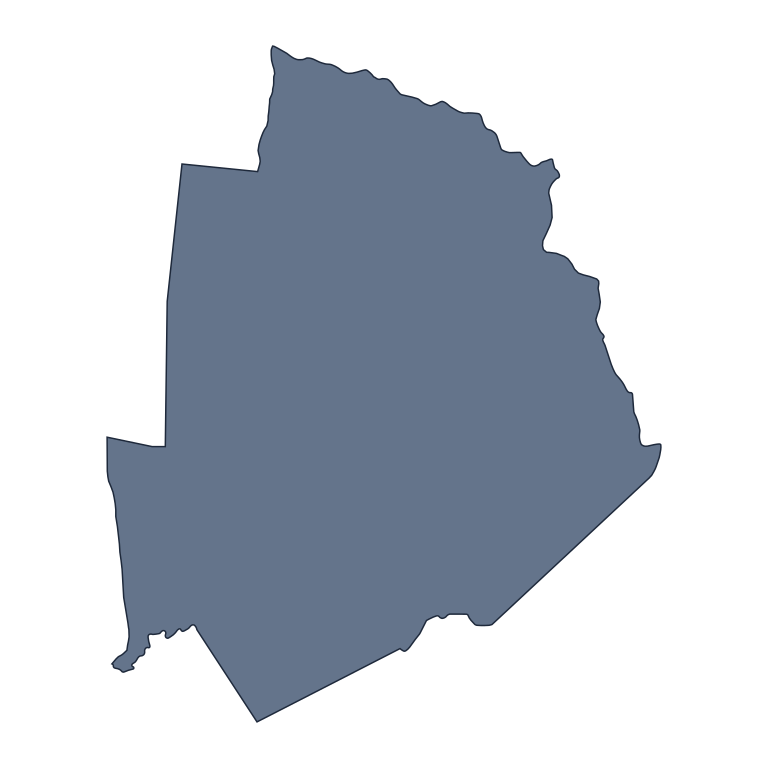 Valladolid, Lempira, Honduras
{"feature_id": "27666195B50240677201560", "entity_name": "Valladolid", "entity_type": "district", "adm_level": 2, "iso_a3": "HND", "parent_name": "Honduras", "parent_adm1": "Lempira", "projection": "robinson", "projection_center": [-88.707, 14.154], "detail": "fine", "context": "isolated", "style": "filled", "palette": "slate", "viewbox_px": 768, "rotation_deg": 0, "n_neighbors": 0, "source": "geoboundaries", "source_scale": "gbopen_adm2", "svg_char_len": 6046}
<svg xmlns="http://www.w3.org/2000/svg" viewBox="0 0 768 768"><path d="M651.3,475.9L653.7,471.8L655.3,468.7L656.1,466.7L658.5,459.7L659.2,457.6L659.8,454.9L660.7,449.8L660.9,447.4L660.8,444.9L660.6,444.5L660.2,444.2L659.6,444.0L659.0,444.0L656.9,444.2L653.9,444.7L647.7,446.1L646.3,446.2L644.9,446.2L643.4,445.8L642.1,445.1L641.6,444.7L641.1,444.1L640.5,442.7L639.8,440.2L639.4,437.5L639.4,435.0L639.8,431.2L639.8,429.9L639.5,428.6L638.6,424.7L637.2,420.1L635.9,416.7L634.4,413.6L633.8,411.8L632.5,394.6L632.4,394.0L632.1,393.4L631.6,392.9L631.1,392.7L629.7,392.6L628.9,392.4L628.1,391.9L627.4,391.2L626.1,389.1L624.0,384.9L622.4,382.3L619.9,379.0L616.2,374.8L615.4,373.6L614.6,372.2L613.0,368.8L611.2,364.3L605.1,345.6L604.5,344.2L603.4,342.0L602.8,340.4L602.7,339.7L602.8,339.0L603.1,338.5L603.7,337.7L603.9,337.1L604.0,336.4L603.8,335.8L603.0,334.5L601.0,332.4L600.0,330.8L599.0,328.8L597.5,325.4L596.4,322.1L595.9,319.9L595.9,319.3L597.4,314.2L599.4,308.5L600.3,302.0L599.2,294.4L598.1,288.2L598.8,283.7L598.6,281.1L596.7,279.0L589.7,276.5L583.4,274.9L578.4,273.1L574.5,269.2L571.9,264.1L567.8,258.8L564.3,256.4L561.3,255.3L556.5,253.4L549.2,252.4L546.6,252.3L543.4,249.6L542.5,245.7L542.9,240.7L546.4,233.4L550.1,225.1L552.1,217.5L551.5,205.3L548.7,193.1L549.1,189.8L549.6,188.3L550.6,186.1L551.8,183.9L552.9,182.4L554.3,180.8L556.1,179.0L556.9,178.4L558.0,178.0L558.7,177.6L559.2,176.9L559.4,176.2L559.4,175.2L559.2,174.3L558.2,172.2L557.2,170.7L556.4,170.0L555.2,169.1L554.6,168.2L554.2,167.0L553.2,163.1L552.6,160.2L552.5,159.7L552.3,159.4L551.8,159.2L551.4,159.1L550.0,159.3L546.5,160.8L543.2,161.7L541.7,162.3L541.0,162.7L539.8,163.8L538.9,164.5L537.1,165.4L535.1,166.0L534.1,166.1L533.2,166.0L532.0,165.7L530.8,165.1L529.7,164.3L528.7,163.3L526.9,161.3L523.1,156.6L522.2,155.2L521.0,153.2L520.7,152.8L520.3,152.5L519.8,152.4L517.8,152.4L511.7,152.6L509.3,152.6L507.2,152.1L505.0,151.4L503.4,150.7L502.1,150.0L501.4,149.4L500.8,148.2L499.2,143.3L497.0,136.5L496.6,135.6L496.1,134.6L495.2,133.4L494.4,132.6L491.9,130.8L490.5,130.1L488.2,129.5L487.5,129.2L486.7,128.7L485.7,127.7L485.1,126.9L484.4,125.7L483.2,123.1L482.4,120.7L481.6,117.7L481.1,116.4L480.5,115.4L480.0,114.7L479.4,114.1L478.8,113.8L478.1,113.6L476.5,113.4L472.0,113.0L468.1,112.9L464.2,113.2L461.8,112.6L459.5,111.9L457.6,111.0L452.4,108.0L449.9,106.4L447.3,104.1L445.5,102.8L444.2,102.1L442.6,101.5L441.7,101.5L440.5,101.8L435.9,104.2L431.7,105.7L430.4,105.8L428.1,105.2L425.2,104.0L423.5,103.1L421.7,101.8L419.3,99.8L418.3,99.1L417.2,98.6L412.0,97.1L403.2,95.1L401.9,94.8L400.7,94.3L399.9,93.7L396.5,89.8L394.8,87.6L392.6,84.2L391.2,82.4L389.8,81.0L388.5,79.9L387.0,79.1L384.9,78.8L383.3,78.7L382.2,78.7L379.8,79.3L379.1,79.3L378.1,79.2L377.0,78.8L374.7,77.3L373.6,76.8L371.9,74.6L370.0,72.7L367.6,70.7L366.6,70.1L365.4,69.9L364.1,70.1L362.0,70.6L357.1,72.1L352.3,73.2L348.9,73.4L347.9,73.3L346.7,73.1L344.8,72.5L343.1,71.7L341.6,70.7L339.4,68.9L338.0,67.9L335.2,66.3L332.5,65.1L331.2,64.6L329.8,64.3L326.8,64.1L325.3,63.9L322.1,63.0L319.5,62.1L314.7,59.8L313.1,59.1L311.3,58.5L309.4,58.1L307.6,58.0L306.6,58.1L304.4,59.1L302.6,59.6L300.6,59.7L298.4,59.7L297.1,59.5L296.1,59.2L294.1,58.4L292.5,57.5L290.4,56.1L286.7,53.3L280.9,50.0L277.9,48.3L274.2,46.4L273.4,46.2L272.6,46.1L271.4,49.2L271.2,50.8L271.2,54.9L271.6,60.3L272.8,65.1L274.1,69.3L274.7,73.8L273.8,76.7L273.7,79.7L273.7,83.1L273.5,85.7L273.0,87.8L272.7,89.3L272.6,91.7L271.7,94.7L269.7,99.1L269.6,102.9L269.2,106.5L268.8,111.6L268.2,116.0L268.1,120.5L266.8,126.1L264.5,129.6L263.0,132.6L261.5,136.4L260.3,139.8L259.0,144.5L258.1,150.5L258.7,153.7L259.8,157.7L260.2,161.3L259.7,164.2L257.6,171.6L182.0,164.0L167.2,301.4L165.3,446.6L152.1,446.6L107.1,437.2L107.3,471.2L107.9,476.8L108.7,481.2L111.0,486.7L113.0,492.1L114.2,497.7L115.2,503.6L115.8,509.9L115.8,516.5L117.4,526.4L119.4,544.0L119.9,552.1L121.1,560.6L122.1,569.3L123.7,597.4L127.9,622.7L128.5,627.4L128.9,629.6L129.1,636.9L128.4,641.4L127.6,645.1L126.9,650.3L123.4,653.6L121.6,655.0L118.4,656.7L116.1,658.9L111.9,663.9L112.6,664.2L113.1,664.8L113.3,665.4L113.4,666.7L113.8,667.3L114.1,667.7L115.2,668.2L117.7,668.7L119.5,669.4L120.8,670.3L122.2,671.8L122.8,672.0L123.6,672.1L124.3,671.9L128.4,670.3L133.2,669.0L133.6,668.7L133.8,668.3L133.8,667.6L133.5,667.0L132.4,666.5L132.0,665.9L131.8,665.4L131.8,665.0L132.1,664.2L132.9,663.5L134.4,662.6L135.4,661.8L136.4,660.4L137.9,657.8L138.9,656.7L140.1,656.0L141.6,655.8L142.4,655.6L143.2,655.1L143.8,654.6L144.4,653.7L144.6,652.9L144.7,652.3L144.6,650.9L144.7,649.9L145.1,649.0L145.7,648.2L146.3,647.8L147.0,647.5L147.5,647.5L148.6,647.7L149.0,647.7L149.5,647.4L149.8,647.0L149.9,646.3L149.8,645.4L148.7,641.4L148.1,637.5L148.1,636.3L148.2,635.7L148.5,635.2L149.0,634.6L149.6,634.3L150.4,634.1L151.4,634.1L152.6,634.4L153.4,634.4L156.1,634.1L159.2,633.6L160.1,633.1L161.1,631.9L162.0,631.1L162.9,630.6L163.9,630.6L164.5,630.8L165.0,631.2L165.5,631.7L165.7,632.4L165.8,633.1L165.8,633.6L165.4,634.9L165.3,635.6L165.4,636.3L165.6,637.0L166.0,637.5L166.5,637.9L167.3,638.2L168.0,638.2L168.8,637.8L170.3,636.9L173.4,634.7L175.5,632.6L177.4,630.1L178.0,629.6L178.8,629.0L179.6,628.8L180.2,629.0L180.7,629.4L181.2,630.4L181.8,631.0L182.6,631.3L183.3,631.2L184.2,630.9L185.3,630.3L187.9,628.8L189.0,627.9L190.6,626.0L191.7,625.2L192.8,624.8L193.4,624.9L194.0,625.0L194.5,625.3L195.0,625.8L195.8,626.8L196.5,628.2L196.9,629.7L257.0,721.9L400.0,648.6L401.5,649.8L403.5,651.0L404.5,651.2L405.6,650.9L406.8,650.0L407.8,649.2L409.7,647.1L415.2,639.5L419.4,634.2L420.2,632.9L426.4,620.6L426.8,620.3L429.4,618.9L433.2,617.1L435.9,616.1L436.9,615.8L437.5,615.8L438.0,615.9L438.7,616.2L440.0,617.5L440.7,617.9L441.7,618.3L442.7,618.3L443.9,618.0L444.9,617.5L445.8,616.9L446.9,615.7L447.8,614.9L448.9,614.4L449.8,614.1L458.8,614.1L466.6,614.2L467.3,614.5L467.9,615.0L469.3,618.0L470.2,619.2L470.9,620.2L474.8,624.4L475.7,624.9L476.5,625.2L477.4,625.3L480.9,625.5L484.7,625.5L489.0,625.3L490.8,624.9L492.0,624.5L650.0,477.2L650.3,476.5L650.6,476.2L651.3,475.9Z" fill="#64748b" stroke="#1e293b" stroke-width="1.5"/></svg>